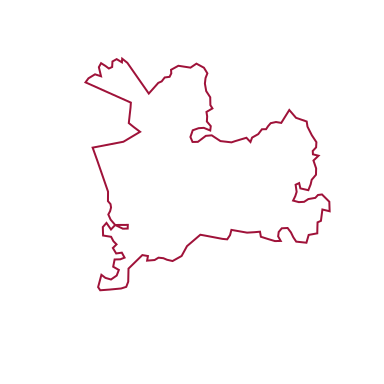 the district of Constantina, Rio Grande do Sul, Brazil, rotated 289°
{"feature_id": "56859067B19051773573011", "entity_name": "Constantina", "entity_type": "district", "adm_level": 2, "iso_a3": "BRA", "parent_name": "Brazil", "parent_adm1": "Rio Grande do Sul", "projection": "robinson", "projection_center": [-52.994, -27.69], "detail": "fine", "context": "isolated", "style": "outline", "palette": "rose", "viewbox_px": 384, "rotation_deg": 289, "n_neighbors": 0, "source": "geoboundaries", "source_scale": "gbopen_adm2", "svg_char_len": 2224}
<svg xmlns="http://www.w3.org/2000/svg" viewBox="0 0 384 384"><g transform="rotate(289 192 192)"><path d="M69.2,137.2L72.9,145.8L77.7,156.4L80.9,160.7L86.4,160.9L98.9,156.9L116.2,165.6L117.1,171.2L112.5,171.9L115.5,178.8L119.0,181.7L120.1,186.5L119.8,190.4L120.4,196.1L128.1,203.0L139.2,204.9L154.3,213.8L154.9,217.6L157.6,236.1L158.7,240.7L163.6,242.0L169.0,241.6L171.5,257.3L174.4,264.3L176.6,269.2L172.1,271.7L172.3,279.4L172.6,286.4L174.6,291.8L178.1,287.9L182.4,287.0L186.9,288.7L189.1,294.1L186.0,298.7L182.2,302.5L179.0,306.7L181.3,316.7L189.4,316.3L193.7,323.9L199.6,322.0L204.2,320.6L206.7,323.3L217.9,321.0L218.6,328.4L227.5,325.0L232.0,315.7L230.2,312.1L226.6,310.5L223.2,304.3L219.2,301.2L217.2,296.3L216.8,290.4L221.8,291.0L226.2,290.9L232.6,287.6L235.3,290.4L230.7,293.3L231.6,301.4L237.8,301.7L242.5,301.2L248.7,303.6L254.7,301.7L261.3,296.6L267.5,299.8L267.0,294.1L270.1,292.8L274.6,294.8L279.6,293.4L284.7,286.8L291.4,279.9L296.0,277.5L296.0,266.2L301.2,257.3L286.4,253.9L285.5,248.6L282.7,244.0L279.0,242.5L275.5,241.6L274.1,237.7L268.3,235.8L263.0,231.1L258.3,231.0L261.0,225.8L254.2,216.3L251.8,213.2L249.4,202.3L252.0,192.2L249.6,186.8L241.3,181.2L239.5,176.2L243.5,172.6L250.6,172.6L254.5,177.5L256.5,182.3L256.1,189.2L260.4,188.3L263.5,183.1L268.5,181.7L272.4,179.6L277.7,184.1L280.1,181.1L287.5,178.4L292.0,172.6L298.7,168.9L304.1,167.7L309.2,167.9L313.4,162.8L314.8,154.4L309.1,150.1L306.9,138.0L300.7,132.4L297.4,133.8L293.6,133.3L291.4,128.9L286.7,127.3L284.2,124.6L271.0,119.1L293.1,88.8L295.3,82.6L291.8,83.5L293.1,77.5L289.5,74.3L284.2,75.8L281.7,73.2L283.0,69.2L284.2,64.1L279.7,63.3L271.8,68.3L271.7,62.0L265.8,57.1L261.0,55.6L256.6,105.1L251.8,106.4L236.6,109.8L234.4,115.9L232.0,123.3L217.2,110.8L201.6,83.6L198.9,85.8L190.9,92.2L165.0,112.5L156.0,115.5L154.0,118.9L151.0,120.5L147.2,120.8L143.5,120.2L139.4,124.0L135.8,130.1L130.2,127.6L134.9,121.2L129.8,119.1L121.9,122.1L123.3,130.1L119.9,133.7L117.9,137.7L113.3,135.4L109.2,140.3L111.8,145.4L108.0,149.6L105.0,146.1L103.0,140.8L95.7,141.8L94.5,148.2L88.5,148.0L82.9,143.9L82.6,138.1L84.2,133.3L71.5,134.2L69.2,137.2ZM135.8,130.1L140.0,142.0L136.5,143.1L134.8,138.6L135.8,130.1Z" fill="none" stroke="#9f1239" stroke-width="2"/></g></svg>